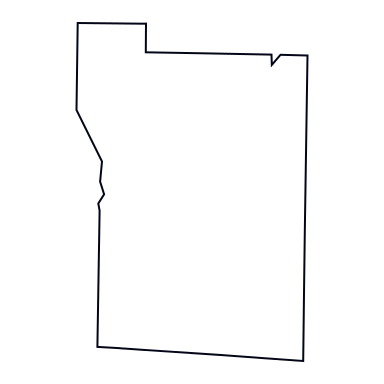 Thomas, Georgia, United States of America
{"feature_id": "52423323B60501572550321", "entity_name": "Thomas", "entity_type": "district", "adm_level": 2, "iso_a3": "USA", "parent_name": "United States of America", "parent_adm1": "Georgia", "projection": "equal_earth", "projection_center": [-83.95, 30.868], "detail": "fine", "context": "isolated", "style": "outline", "palette": "ink", "viewbox_px": 384, "rotation_deg": 0, "n_neighbors": 0, "source": "geoboundaries", "source_scale": "gbopen_adm2", "svg_char_len": 472}
<svg xmlns="http://www.w3.org/2000/svg" viewBox="0 0 384 384"><path d="M97.4,346.9L113.4,347.8L119.9,348.2L122.8,348.5L124.0,348.5L143.6,349.9L220.5,355.0L220.9,355.0L235.7,356.1L256.4,357.6L262.7,358.1L303.2,361.0L304.0,293.5L304.8,232.2L307.5,55.5L280.5,54.8L271.8,64.9L271.5,54.6L197.5,53.2L145.8,52.3L146.0,23.6L142.9,23.7L77.7,23.0L76.5,110.0L102.0,161.5L100.1,181.6L104.1,194.3L98.3,203.5L99.6,210.7L97.4,346.9Z" fill="none" stroke="#020617" stroke-width="2"/></svg>